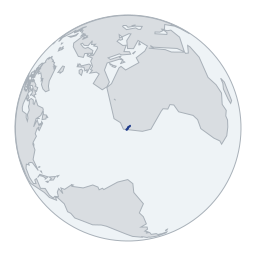 Gambia on an orthographic globe, rotated 313°
{"feature_id": "GMB", "entity_name": "Gambia", "entity_type": "country or territory", "adm_level": 0, "iso_a3": "GMB", "parent_name": "Africa", "parent_adm1": "", "projection": "orthographic", "projection_center": [-15.506, 13.438], "detail": "fine", "context": "on_globe", "style": "filled", "palette": "blue", "viewbox_px": 256, "rotation_deg": 313, "n_neighbors": 0, "source": "natural_earth", "source_scale": "50m", "svg_char_len": 8805}
<svg xmlns="http://www.w3.org/2000/svg" viewBox="0 0 256 256"><g transform="rotate(313 128 128)"><circle cx="128" cy="128" r="113" fill="#eef3f6" stroke="#a8b0b8"/><path d="M30.9,70.8L24.7,83.2L26.1,80.0L30.9,70.8ZM100.8,18.7L93.2,20.9L93.3,21.4L84.8,26.3L87.0,25.5L85.3,27.4L87.2,27.3L85.1,28.6L88.5,27.5L90.1,26.4L92.1,25.6L93.5,25.6L91.0,27.1L89.9,27.3L89.9,27.7L88.1,28.6L89.7,28.1L86.5,30.2L91.6,28.2L90.6,29.9L88.0,31.2L85.8,31.0L74.3,34.8L70.9,36.7L68.4,39.3L68.9,44.0L66.2,46.4L64.4,49.7L66.9,48.2L69.3,45.2L73.7,43.6L76.0,40.4L78.1,39.5L81.5,36.6L83.6,37.2L83.9,39.6L81.1,42.1L81.2,43.3L85.9,41.3L82.9,46.8L84.5,52.1L83.4,53.8L77.5,55.7L72.1,54.4L64.4,58.2L72.0,56.1L69.2,60.8L69.9,61.8L71.6,62.0L73.7,60.5L73.3,62.3L65.6,64.8L65.8,63.1L68.3,62.2L65.7,61.8L60.5,64.1L59.5,66.6L52.7,68.4L51.9,70.3L50.0,72.0L51.7,68.7L48.5,74.9L40.3,80.0L35.7,91.4L37.4,81.7L36.2,80.0L34.3,79.2L33.5,81.0L32.2,78.3L29.0,80.9L24.8,89.4L22.9,96.8L24.6,98.6L26.5,95.2L28.6,95.5L24.2,105.2L27.3,108.6L25.3,116.4L25.8,121.1L28.1,121.0L30.3,124.0L32.9,120.0L36.5,118.6L35.6,125.1L38.4,119.8L39.9,123.5L47.9,125.4L47.0,126.7L53.6,136.1L62.3,141.1L64.3,146.3L63.1,149.0L66.5,150.4L66.5,152.3L81.4,157.3L90.1,163.0L90.6,169.5L84.8,176.2L83.1,190.9L73.6,194.2L73.6,199.7L70.4,206.8L64.3,205.0L68.6,209.5L67.3,211.3L64.0,210.6L65.6,213.3L63.3,212.8L66.4,215.0L66.0,217.5L70.0,220.7L70.6,222.6L73.3,224.4L72.3,224.1L72.1,224.4L73.2,225.2L68.6,222.8L63.5,218.9L62.3,217.4L60.9,216.6L58.1,212.3L57.8,212.9L51.8,205.2L49.2,199.1L41.5,179.3L38.9,174.7L33.1,168.2L25.9,150.4L26.6,144.4L25.6,140.9L29.1,133.1L29.0,124.0L27.9,122.3L26.4,125.0L23.6,117.9L23.8,110.7L21.1,94.5L22.1,90.6L24.1,85.4L32.2,68.7L36.6,62.1L41.5,55.9L46.7,50.0L52.4,44.5L58.5,39.4L64.9,34.7L71.6,30.5L78.5,26.8L85.8,23.6L93.2,20.9L100.8,18.7ZM34.0,95.1L37.7,102.8L34.2,102.3L35.2,101.5L34.5,98.6L32.8,95.5L30.1,95.7L34.0,95.1ZM38.8,89.9L38.0,89.1L39.0,89.4L38.8,89.9ZM80.2,36.5L80.8,36.5L79.8,37.0L80.2,36.5ZM81.0,35.2L79.4,35.8L79.5,35.3L80.5,35.0L81.0,35.2ZM83.0,34.7L80.0,34.4L80.3,33.6L84.4,31.7L83.0,34.7ZM90.0,26.1L88.4,27.2L88.6,26.4L90.0,26.1ZM89.6,25.7L87.2,24.7L90.2,23.2L90.4,23.8L93.4,22.1L96.1,21.8L95.1,22.7L92.6,23.6L95.5,22.8L89.6,25.7ZM93.0,25.3L92.2,25.1L94.8,23.7L96.8,23.9L95.3,24.2L93.0,25.3ZM92.9,21.9L95.2,21.0L98.0,20.5L99.2,20.2L96.4,21.7L92.9,21.9ZM95.4,24.5L97.8,24.0L97.7,24.6L93.9,25.4L95.4,24.5ZM94.6,23.4L95.9,22.8L95.9,23.1L94.6,23.4ZM99.0,27.1L98.0,26.7L99.3,25.9L99.0,27.1ZM98.7,23.7L99.0,23.2L100.6,23.1L98.7,23.7ZM98.6,21.3L99.3,21.4L99.9,20.7L102.1,20.4L99.8,21.5L101.7,21.0L102.3,20.9L99.8,21.9L98.6,21.3ZM103.3,22.1L101.1,23.7L102.7,24.5L101.6,25.2L99.3,23.8L103.3,22.1ZM101.4,21.9L102.3,22.1L100.5,22.7L98.8,22.9L101.4,21.9ZM104.3,19.9L101.6,20.0L102.2,19.8L104.3,19.9ZM104.1,22.1L104.6,21.8L104.4,22.1L104.1,22.1ZM104.6,20.4L103.6,20.4L104.3,20.2L104.6,20.4ZM106.4,21.1L105.7,21.6L104.5,21.7L106.4,21.1ZM105.9,20.7L107.1,20.3L104.5,21.4L105.3,20.7L105.9,20.7ZM105.5,20.2L105.8,20.2L105.5,20.2ZM111.3,20.6L108.4,22.0L105.7,22.1L109.0,20.7L111.3,20.6ZM77.4,227.4L69.6,223.4L73.5,225.4L73.3,224.6L78.5,227.2L77.4,227.4ZM78.2,225.4L79.7,225.3L80.9,225.8L80.1,226.1L78.2,225.4ZM239.0,108.9L236.3,98.2L232.9,88.9L233.0,90.7L228.7,84.3L225.0,87.4L223.3,85.2L222.9,87.1L219.7,85.8L216.7,82.3L215.3,83.4L222.9,92.6L224.3,91.6L223.9,86.6L225.9,90.3L228.8,92.6L229.6,103.8L222.2,117.2L219.6,109.6L204.3,91.3L203.7,88.8L203.6,88.6L203.3,88.1L203.8,92.2L200.5,88.7L210.7,101.8L213.2,108.0L222.1,117.7L221.8,119.2L224.0,121.0L229.1,115.3L229.6,118.0L228.3,131.7L219.6,152.0L219.7,162.9L217.3,172.6L209.5,180.8L207.9,187.8L203.5,191.3L201.7,195.4L196.8,200.3L189.7,205.5L180.0,207.5L181.2,204.0L179.2,197.9L177.2,181.7L181.6,173.2L181.6,167.0L174.4,154.0L176.1,145.8L173.7,142.7L169.0,144.2L166.0,140.5L163.0,140.8L142.7,145.6L135.4,140.8L124.0,125.4L126.8,118.8L125.3,111.4L143.2,84.9L149.2,85.7L165.9,80.4L168.3,80.9L168.8,86.7L183.2,91.4L185.0,86.1L195.7,87.8L201.2,86.3L198.9,75.6L189.8,77.9L185.8,73.5L191.2,67.4L198.8,66.0L197.5,64.3L190.6,61.5L190.3,57.8L188.1,60.3L190.5,61.8L189.1,63.6L186.8,62.4L186.8,61.0L183.9,60.9L184.8,67.9L187.3,70.2L181.1,72.9L184.8,77.1L183.8,79.6L177.2,73.6L176.3,71.1L165.7,65.6L166.1,68.4L176.1,73.9L173.9,73.8L174.5,78.1L172.3,74.7L161.3,68.4L154.3,71.3L148.9,83.0L144.0,84.5L138.4,83.1L136.8,72.3L147.8,70.1L147.3,66.8L142.1,62.7L145.9,62.6L145.1,60.8L148.9,60.0L151.4,55.2L154.8,54.2L152.9,49.0L154.4,47.9L155.1,51.2L157.5,53.1L165.7,51.3L166.5,50.0L164.6,46.9L167.1,47.1L164.2,44.4L167.5,42.4L161.0,42.7L158.6,39.6L159.0,36.9L157.1,36.1L156.4,40.6L157.1,42.4L159.7,43.8L160.7,49.5L158.5,50.9L153.0,45.6L149.2,47.2L146.5,42.8L150.1,32.6L153.1,30.4L164.0,32.3L165.0,34.2L161.6,34.3L167.4,36.7L165.7,35.3L167.7,35.5L166.0,33.1L167.4,33.3L163.3,30.9L164.8,30.8L167.3,32.3L166.0,29.2L168.4,28.7L167.4,27.9L165.7,27.3L169.8,27.4L168.9,26.9L167.2,26.6L164.3,25.5L160.8,23.8L162.4,23.9L163.9,24.5L169.4,26.3L173.2,28.3L173.5,28.2L170.6,26.5L163.8,24.3L161.2,23.3L164.4,24.0L163.0,23.7L162.3,23.2L163.0,23.0L159.5,22.1L148.8,18.2L149.2,17.7L153.2,18.5L147.4,17.0L147.5,17.1L155.4,18.8L163.2,21.0L170.9,23.8L178.2,27.2L185.4,31.1L192.2,35.5L198.7,40.3L204.9,45.7L210.6,51.4L215.9,57.6L220.7,64.1L225.1,70.9L229.0,78.1L232.3,85.5L235.1,93.1L237.3,100.9L239.0,108.9ZM139.7,97.9L139.9,100.1L139.7,97.9ZM208.7,70.0L212.0,69.1L207.2,63.6L208.1,62.9L206.1,61.4L206.8,63.2L201.6,59.2L201.8,56.9L199.7,54.6L198.5,54.9L198.9,59.8L206.5,65.4L207.1,68.2L208.7,70.0ZM48.2,125.4L49.0,126.9L47.6,126.6L48.2,125.4ZM33.0,104.7L34.2,105.3L34.5,106.5L33.5,106.5L33.0,104.7ZM44.3,108.6L45.9,109.7L43.9,109.7L44.3,108.6ZM38.5,103.8L43.0,108.0L39.1,108.9L36.4,106.3L38.7,106.5L38.5,103.8ZM36.8,93.3L37.4,94.0L36.7,95.1L36.8,93.3ZM39.5,90.1L39.2,90.1L39.2,89.0L39.5,90.1ZM69.7,60.6L70.3,60.5L71.7,61.0L70.4,61.6L69.7,60.6ZM81.8,59.5L80.9,62.6L80.6,60.6L78.6,61.8L75.6,59.4L82.7,54.5L80.0,57.0L81.8,59.5ZM73.6,55.3L74.7,57.0L73.2,55.3L73.6,55.3ZM136.9,52.9L139.2,53.7L139.1,55.8L134.7,58.0L134.7,54.9L136.9,52.9ZM142.4,54.4L138.1,49.0L140.7,47.8L140.0,49.3L142.1,49.0L141.5,51.5L148.2,55.9L148.5,58.2L140.2,60.4L142.7,58.3L140.3,57.5L142.4,54.4ZM122.7,40.4L120.9,38.9L128.8,38.0L129.6,39.6L125.2,41.6L121.8,41.0L122.7,40.4ZM90.7,31.9L89.5,31.9L90.2,31.4L91.8,31.0L90.7,31.9ZM98.4,27.0L96.7,31.4L95.2,31.6L96.0,34.4L92.4,36.1L92.0,34.1L89.8,37.7L88.1,36.7L87.0,39.1L86.6,34.7L84.9,34.2L88.1,34.0L91.5,32.4L92.4,31.6L93.8,28.9L91.9,27.3L94.9,25.8L97.5,25.1L98.4,25.3L96.2,26.1L99.0,25.7L96.5,27.1L98.4,27.0ZM126.7,22.6L123.7,22.9L129.0,23.7L126.5,24.5L127.3,24.5L126.4,25.6L126.7,27.1L125.2,27.4L126.0,27.9L125.4,28.8L125.9,29.6L123.5,30.5L123.9,31.7L122.5,31.5L123.9,33.2L121.7,32.4L120.8,33.6L123.4,33.8L108.7,38.3L104.3,41.3L101.7,44.6L98.3,43.0L98.5,39.2L100.8,35.0L105.6,32.4L103.2,32.4L104.8,31.2L106.0,31.7L105.1,30.3L106.7,29.5L108.8,26.7L106.3,25.5L107.0,24.5L108.8,24.7L108.3,23.7L112.1,23.4L112.7,22.8L117.0,22.1L120.1,22.9L120.5,22.2L123.8,21.8L126.7,22.6ZM112.6,20.4L116.8,20.9L117.5,21.7L109.7,22.7L108.6,23.2L103.6,24.3L102.7,23.2L104.2,22.9L105.5,22.5L105.2,23.0L106.4,22.3L108.5,22.0L109.9,21.4L110.9,21.7L112.6,20.4ZM169.7,78.5L171.3,78.5L173.6,77.8L174.0,80.7L169.7,78.5ZM162.1,74.3L163.4,73.7L165.1,77.2L163.4,77.3L162.1,74.3ZM162.7,70.6L163.4,73.4L162.0,72.0L162.7,70.6ZM156.2,50.6L157.4,50.0L158.1,50.6L158.1,51.8L156.2,50.6ZM141.9,26.4L140.0,26.1L140.0,25.8L136.9,24.5L138.5,23.9L141.0,24.5L141.9,26.4ZM198.2,77.8L197.4,80.1L196.2,79.4L196.7,78.7L198.2,77.8ZM185.8,80.5L189.3,81.2L185.9,81.3L185.8,80.5ZM143.1,25.5L141.6,25.0L143.3,25.1L143.1,25.5ZM139.5,23.5L141.2,23.4L138.3,23.7L139.5,23.5ZM227.3,167.1L218.7,185.1L216.0,186.3L217.3,181.7L221.6,171.2L225.3,167.0L227.6,161.8L227.3,167.1ZM154.6,22.3L157.3,24.5L160.2,26.2L163.6,27.1L160.0,27.0L155.4,24.3L154.6,22.3ZM149.4,18.6L146.5,18.1L146.9,17.9L147.7,18.0L149.4,18.6ZM148.2,18.5L146.1,18.7L143.9,18.3L146.0,18.2L148.2,18.5ZM144.8,21.5L145.4,22.2L144.0,22.0L144.8,21.5ZM138.9,15.9L141.2,16.1L140.4,16.1L137.9,15.8L138.9,15.9Z" fill="#d9dde1" stroke="#a8b0b8" stroke-width="1"/><path d="M126.0,127.7L126.5,127.7L127.1,127.7L127.7,127.7L128.0,127.7L128.2,127.4L128.5,127.3L128.8,127.3L129.1,127.3L129.4,127.5L129.6,127.6L129.8,127.6L129.9,127.8L130.1,127.9L130.3,127.9L130.5,127.8L130.9,127.8L131.2,127.9L131.2,128.0L130.9,128.3L130.4,128.4L130.0,128.3L129.6,128.2L129.3,128.1L129.2,128.0L129.1,127.9L128.9,127.9L128.7,127.8L128.5,128.0L128.4,128.1L128.0,128.1L127.7,128.2L127.4,128.2L127.4,128.6L127.0,128.5L126.6,128.5L126.2,128.5L125.8,128.6L125.7,128.6L125.5,128.2L125.8,127.9L125.9,128.0L126.0,128.3L126.3,128.3L126.5,128.3L126.7,128.2L126.8,128.1L127.1,128.1L127.4,128.0L127.8,128.0L128.1,128.0L128.1,127.9L127.9,127.9L127.3,128.0L126.8,128.0L126.4,128.2L126.2,128.2L126.0,127.7Z" fill="#3b82f6" stroke="#1e3a8a" stroke-width="1.5"/></g></svg>